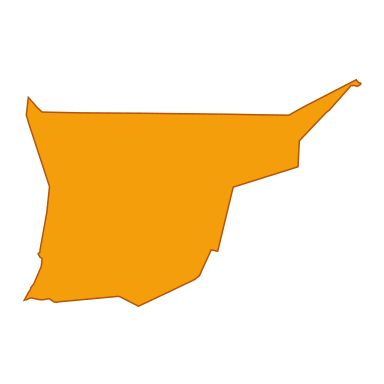 Rotonak Mondol, Batdâmbâng, Cambodia, rotated 91°
{"feature_id": "14789045B15195219920111", "entity_name": "Rotonak Mondol", "entity_type": "district", "adm_level": 2, "iso_a3": "KHM", "parent_name": "Cambodia", "parent_adm1": "Batdâmbâng", "projection": "equal_earth", "projection_center": [102.87, 12.919], "detail": "fine", "context": "isolated", "style": "filled", "palette": "amber", "viewbox_px": 384, "rotation_deg": 91, "n_neighbors": 0, "source": "geoboundaries", "source_scale": "gbopen_adm2", "svg_char_len": 1463}
<svg xmlns="http://www.w3.org/2000/svg" viewBox="0 0 384 384"><g transform="rotate(91 192 192)"><path d="M165.0,86.5L164.4,86.4L139.0,85.6L116.0,64.6L110.2,59.2L107.6,56.0L83.7,35.6L83.2,35.6L82.8,35.0L82.8,34.4L82.8,33.2L82.6,32.6L82.7,32.1L82.8,31.3L82.9,30.6L83.1,30.0L83.2,29.5L83.5,28.9L83.4,28.2L83.0,27.9L82.6,27.3L82.4,26.5L82.1,26.0L81.7,25.7L81.1,25.2L80.5,25.0L80.1,25.5L80.1,26.2L79.9,26.7L79.7,27.2L79.4,27.6L79.1,27.9L78.8,28.2L78.4,28.5L78.1,28.8L77.8,29.2L77.4,29.7L76.9,29.8L104.2,80.5L110.5,91.4L113.5,96.6L113.6,118.6L113.6,151.5L113.8,188.8L114.0,216.1L114.1,240.3L114.8,304.2L114.7,343.2L110.1,348.4L108.0,350.2L100.3,357.3L118.0,359.0L126.9,356.2L169.9,341.2L189.0,334.6L190.6,334.7L214.9,336.8L245.7,341.8L252.4,342.9L254.8,343.0L256.3,344.8L259.7,343.0L260.7,341.2L262.4,340.7L269.3,341.5L286.7,348.6L290.3,351.4L293.3,352.2L294.3,353.2L303.1,357.8L302.8,356.9L302.7,356.2L302.5,355.5L302.2,354.8L301.8,354.2L301.4,353.1L301.0,352.1L300.7,351.2L300.8,350.5L300.9,349.7L301.3,347.6L301.7,346.1L302.0,344.3L302.2,343.4L302.3,342.2L302.4,341.6L302.4,341.1L302.4,340.3L302.3,339.1L302.0,337.0L301.6,335.6L301.3,334.0L301.2,332.8L301.6,332.3L302.4,331.0L303.5,329.5L304.5,327.7L304.6,325.4L304.1,323.2L297.6,263.7L298.1,261.9L307.1,243.6L304.3,237.8L292.7,214.3L279.5,187.9L275.4,183.0L266.2,179.1L257.2,175.1L249.5,171.8L250.8,165.3L186.4,150.9L175.7,118.8L165.2,87.2L165.0,86.5Z" fill="#f59e0b" stroke="#b45309" stroke-width="1.5"/></g></svg>